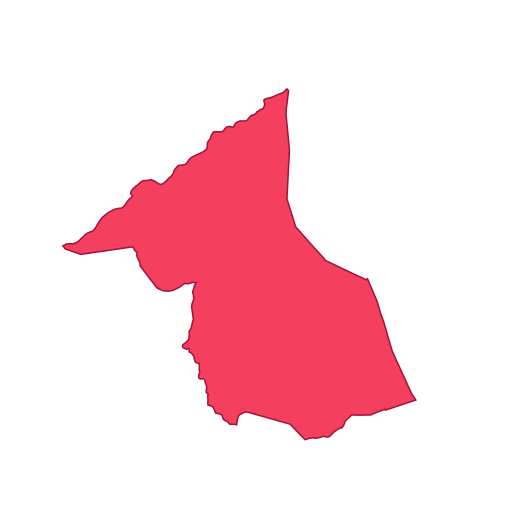 outline of Venus, Anse-la-Raye, Saint Lucia, rotated 194°
{"feature_id": "8701671B61834764030996", "entity_name": "Venus", "entity_type": "district", "adm_level": 2, "iso_a3": "LCA", "parent_name": "Saint Lucia", "parent_adm1": "Anse-la-Raye", "projection": "mercator", "projection_center": [-61.013, 13.912], "detail": "fine", "context": "isolated", "style": "filled", "palette": "rose", "viewbox_px": 512, "rotation_deg": 194, "n_neighbors": 0, "source": "geoboundaries", "source_scale": "gbopen_adm2", "svg_char_len": 5926}
<svg xmlns="http://www.w3.org/2000/svg" viewBox="0 0 512 512"><g transform="rotate(194 256 256)"><path d="M234.0,87.4L234.0,87.7L234.2,90.0L234.4,93.2L234.2,96.8L233.0,98.5L231.4,99.7L230.1,101.2L227.4,102.5L182.3,101.1L164.0,89.6L160.1,92.1L156.0,93.5L153.7,93.7L149.5,95.6L147.5,97.2L145.4,97.4L142.3,97.7L140.5,99.3L139.2,101.7L137.2,104.9L134.8,107.5L132.8,109.4L132.3,109.6L131.3,109.8L130.2,112.2L129.7,114.5L129.7,115.7L129.6,117.0L128.7,118.6L124.6,124.9L115.5,127.0L112.6,127.8L110.7,128.4L110.1,128.5L106.0,129.6L105.0,130.6L94.0,138.4L93.2,137.7L66.1,154.9L68.6,157.3L71.2,159.6L75.0,164.2L76.9,166.5L80.9,171.8L85.1,176.9L86.2,178.3L87.3,179.7L87.5,179.9L93.6,187.6L93.9,187.8L96.0,190.6L100.9,196.8L102.5,199.6L104.5,202.9L105.6,204.8L109.1,210.8L112.9,217.5L113.2,217.9L116.8,224.1L117.0,224.3L120.4,229.1L123.3,234.1L126.6,239.7L127.9,241.8L142.3,260.9L143.3,259.6L144.4,259.8L150.3,261.0L152.3,261.4L154.3,261.7L156.8,262.2L157.7,262.4L163.6,263.6L172.3,265.3L172.8,265.5L173.3,265.6L174.7,265.9L175.4,266.0L176.3,266.2L187.6,268.5L187.9,268.7L189.0,269.8L204.3,280.0L215.0,287.3L224.5,293.9L225.4,295.3L239.8,319.0L243.1,335.8L245.9,350.0L249.1,366.7L258.0,391.9L258.6,393.5L259.7,396.6L261.4,401.6L261.9,404.7L262.3,407.1L264.3,424.0L265.7,425.3L266.1,425.6L267.0,425.1L267.1,424.6L267.9,423.1L268.7,421.9L269.7,420.9L271.3,419.7L271.5,419.6L272.6,418.8L272.9,418.5L273.9,417.9L277.6,415.0L278.9,414.0L281.5,412.4L283.4,411.5L283.8,411.3L285.7,410.1L286.1,408.9L285.2,407.2L284.1,405.1L284.1,404.8L284.4,402.5L284.9,400.9L285.3,399.9L287.2,399.5L288.5,397.3L289.9,396.2L290.5,394.6L292.1,392.5L294.1,391.7L296.0,388.9L296.6,387.5L297.2,386.0L297.8,385.2L298.1,385.0L298.4,384.8L299.1,384.5L300.4,384.1L301.2,383.8L303.3,383.5L305.5,382.3L305.9,382.0L306.4,381.4L306.9,381.1L308.0,379.8L308.1,379.6L308.3,379.0L308.4,378.7L308.5,378.5L308.6,377.7L308.6,376.9L308.9,375.6L310.5,375.4L311.9,375.3L313.6,375.1L314.7,374.6L315.1,374.4L316.0,373.7L317.0,372.0L317.3,371.5L317.6,370.3L318.1,369.4L318.3,369.1L318.7,368.8L319.6,368.2L320.0,368.0L321.6,367.7L322.6,367.4L323.9,367.2L324.9,367.0L326.5,366.4L327.4,365.8L328.1,363.8L328.6,361.3L328.6,361.1L328.9,358.2L330.1,355.8L330.5,354.0L330.5,353.8L329.6,349.8L330.2,347.0L332.9,344.0L335.3,342.0L338.6,339.4L341.0,337.3L342.2,336.3L342.9,335.5L344.3,333.3L344.8,331.8L345.2,330.6L346.2,328.5L346.4,328.2L347.5,327.4L348.7,326.8L350.4,326.1L350.8,325.9L351.1,325.9L351.3,325.8L353.2,325.1L353.9,324.1L354.5,323.0L355.8,320.2L356.0,319.4L356.1,319.0L356.4,318.2L356.1,316.7L356.3,316.0L356.6,315.1L357.1,314.1L358.0,312.3L359.4,310.5L361.1,307.4L363.3,304.0L365.8,302.4L368.5,302.6L371.6,303.9L376.1,304.7L379.4,303.1L380.9,302.7L383.0,302.1L384.9,300.9L386.1,299.2L388.2,296.1L389.3,294.9L390.6,293.0L391.7,291.2L392.9,288.3L392.8,286.2L390.7,284.6L390.7,283.1L391.8,282.0L393.1,279.9L394.1,277.6L395.0,275.0L396.4,271.7L398.0,269.9L400.0,269.3L401.7,268.6L403.8,267.5L405.3,266.6L407.0,265.0L409.7,262.5L412.6,258.8L414.4,256.3L415.1,254.9L416.3,252.1L417.7,247.6L418.3,245.3L419.6,242.1L420.5,240.8L422.0,239.7L424.1,238.3L425.8,236.7L426.9,235.4L428.3,232.9L429.2,231.6L431.9,227.4L434.1,225.1L436.2,223.7L437.8,223.3L440.2,222.8L441.2,222.3L441.8,222.1L443.3,221.6L443.5,221.3L443.7,220.9L443.9,220.2L444.9,219.9L445.9,219.2L442.8,216.7L441.5,216.6L426.3,215.2L418.1,218.6L377.7,235.1L375.5,232.4L372.2,230.4L371.7,227.2L367.3,221.7L366.1,218.9L366.0,218.3L344.7,201.3L342.2,200.4L340.1,200.3L338.0,199.8L335.7,200.1L332.4,200.7L328.6,202.4L323.4,206.5L318.3,212.4L315.6,212.4L310.4,215.3L307.5,215.7L308.7,212.5L308.5,211.0L308.8,205.8L307.6,203.5L306.0,199.5L306.0,198.2L306.5,194.2L306.3,191.3L301.3,179.0L301.6,178.0L301.6,170.0L302.7,166.7L302.0,164.6L301.5,162.0L301.1,158.8L302.7,155.8L305.6,152.1L305.6,150.9L304.8,149.5L300.8,148.6L299.5,149.9L298.5,149.8L297.7,146.8L295.2,146.1L293.6,144.9L291.8,143.4L291.3,142.5L291.2,141.3L290.8,140.8L289.1,138.3L288.7,138.1L288.1,137.9L287.1,138.0L285.9,137.9L285.1,137.7L284.9,137.2L284.5,136.1L284.3,135.6L284.3,135.3L284.1,134.4L284.0,133.9L283.9,133.6L283.9,133.1L283.8,132.8L283.7,132.2L283.4,131.4L283.0,130.6L282.8,130.2L282.7,129.8L282.5,129.5L282.3,128.9L282.3,128.7L282.5,128.3L282.6,127.9L282.7,127.0L282.7,126.5L282.7,126.2L282.6,125.5L282.6,125.1L282.5,124.8L282.3,124.5L281.9,123.9L281.7,123.6L281.1,123.4L280.5,123.3L280.1,123.2L279.4,123.5L278.9,123.7L278.1,124.0L277.7,124.2L277.1,124.2L276.8,124.1L276.4,123.8L276.2,123.6L275.8,123.2L275.6,122.9L275.3,122.5L275.1,122.0L274.9,121.6L274.8,121.3L274.6,120.8L274.4,120.6L274.1,120.1L273.5,119.4L273.4,119.1L273.0,118.6L272.8,118.4L272.5,118.0L272.4,117.7L272.2,117.1L272.1,116.8L271.9,116.3L271.9,115.9L271.9,115.4L271.9,115.1L271.8,114.2L271.7,113.6L271.7,113.2L271.7,112.8L271.5,111.9L271.2,111.6L270.6,111.1L270.0,111.0L269.6,111.0L269.3,110.7L269.2,110.5L269.0,109.9L269.0,109.5L269.0,109.1L268.9,108.8L268.7,107.8L268.7,107.4L268.4,106.4L268.3,106.1L268.1,105.7L268.0,105.3L267.8,104.9L267.7,104.6L267.6,104.3L267.6,104.0L267.5,103.6L267.5,103.1L267.4,102.4L267.3,101.8L267.2,101.4L266.9,100.7L266.6,100.1L266.4,99.7L266.1,99.7L265.5,99.7L265.2,99.8L264.5,99.8L264.2,99.7L263.9,99.7L263.5,99.6L262.9,99.6L261.4,99.1L261.2,98.9L260.9,98.7L260.3,98.0L259.7,97.3L259.0,96.4L258.7,95.9L258.1,95.2L257.4,94.1L257.2,93.9L256.3,93.7L256.1,93.7L255.8,93.8L255.4,93.9L254.8,93.8L253.1,94.0L252.6,93.9L252.0,93.8L251.5,93.7L251.3,93.6L251.0,93.4L250.9,93.3L250.6,93.2L250.4,93.0L250.2,92.7L249.8,92.3L249.7,92.0L249.5,91.7L249.4,91.5L249.2,91.2L249.0,90.9L248.8,90.5L248.6,90.3L248.3,89.9L248.1,89.7L247.4,89.2L246.8,89.1L246.5,89.0L246.2,88.9L245.9,88.8L245.3,88.7L244.3,88.4L243.9,88.3L243.4,88.2L243.0,88.2L242.8,88.0L242.3,87.5L242.1,87.2L241.8,86.9L240.4,86.4L240.1,86.5L239.4,86.7L238.7,86.9L238.1,87.1L236.8,87.4L236.3,87.5L236.0,87.5L235.6,87.6L234.9,87.6L234.6,87.5L234.0,87.4Z" fill="#f43f5e" stroke="#9f1239" stroke-width="1.5"/></g></svg>